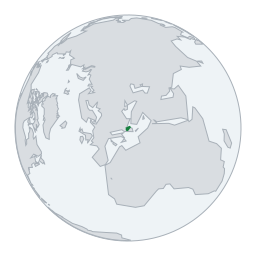 Thessalia highlighted on a globe, orthographic projection, rotated 302°
{"feature_id": "GRC-2900", "entity_name": "Thessalia", "entity_type": "Region", "adm_level": 1, "iso_a3": "GRC", "parent_name": "Greece", "parent_adm1": "", "projection": "orthographic", "projection_center": [22.751, 39.565], "detail": "medium", "context": "on_globe", "style": "filled", "palette": "green", "viewbox_px": 256, "rotation_deg": 302, "n_neighbors": 0, "source": "natural_earth", "source_scale": "10m", "svg_char_len": 10851}
<svg xmlns="http://www.w3.org/2000/svg" viewBox="0 0 256 256"><g transform="rotate(302 128 128)"><circle cx="128" cy="128" r="113" fill="#eef3f6" stroke="#a8b0b8"/><path d="M85.4,23.7L87.6,23.0L84.4,24.2L86.2,23.6L90.4,22.1L92.6,21.4L104.6,19.4L118.4,17.8L122.4,16.8L121.8,17.6L129.3,15.9L136.6,16.0L128.5,16.2L127.8,16.6L132.8,16.6L133.2,17.1L135.8,17.4L135.8,18.0L131.1,18.5L131.0,18.9L134.5,19.0L136.7,19.8L131.5,19.6L134.9,21.2L127.6,22.8L113.6,22.8L109.7,25.2L95.6,29.5L97.0,30.0L92.6,32.4L92.5,33.9L89.9,34.5L92.1,35.3L94.5,34.4L96.3,34.5L96.5,35.5L93.2,36.3L92.6,36.0L91.8,36.7L90.0,36.8L91.0,37.3L87.0,38.4L91.2,38.7L88.2,40.8L85.5,41.2L85.5,39.3L79.2,36.3L76.4,36.6L72.6,38.6L65.8,46.1L62.9,47.4L59.1,50.5L60.9,50.5L64.4,48.1L66.7,49.2L70.8,46.5L72.3,46.6L76.6,44.8L76.2,47.2L73.5,50.6L70.0,52.3L68.7,53.9L72.3,54.2L65.8,59.5L62.0,67.0L60.3,68.3L56.5,67.0L55.9,61.9L51.1,61.4L54.5,64.0L50.2,67.7L49.6,69.4L50.0,70.6L51.7,70.2L50.3,72.1L46.4,69.9L47.6,68.1L48.9,68.8L48.5,66.6L45.9,65.6L43.9,67.8L42.0,64.8L40.5,66.4L39.3,66.8L41.7,64.4L37.4,68.9L34.8,67.8L28.8,76.3L34.4,67.0L36.2,63.8L37.9,60.8L36.9,62.1L40.5,57.1L40.7,56.8L46.0,50.8L51.7,45.1L57.8,39.9L64.3,35.1L71.0,30.8L78.1,27.0L85.4,23.7ZM18.3,102.4L18.4,101.9L18.3,103.8L17.1,108.8L18.0,106.4L17.3,110.9L17.8,118.4L17.5,119.0L17.7,131.5L20.0,141.3L20.5,146.7L20.0,148.1L21.3,151.3L21.3,152.8L28.0,165.2L32.9,174.1L33.8,179.3L31.6,181.0L34.3,189.9L32.4,187.5L28.4,180.5L24.9,173.3L21.9,165.8L19.5,158.1L17.6,150.3L16.3,142.4L15.5,134.4L15.4,126.3L15.8,118.3L16.8,110.3L18.3,102.4ZM27.2,78.7L23.1,89.8L23.8,86.2L24.0,86.2L25.4,82.8L27.4,77.9L28.4,75.3L27.2,78.7ZM29.0,77.4L29.6,75.8L29.2,77.0L29.0,77.4ZM93.6,21.0L90.4,22.1L86.6,23.4L89.1,22.4L93.6,21.0ZM101.0,19.2L99.6,19.7L97.6,19.9L99.0,19.5L101.0,19.2ZM125.3,16.2L122.6,16.4L125.1,16.1L125.3,16.2ZM136.2,17.4L136.8,17.3L137.9,17.6L136.2,17.4ZM76.5,43.7L76.5,44.2L75.7,44.3L76.5,43.7ZM78.4,42.4L77.4,42.1L78.1,41.5L78.7,41.7L78.4,42.4ZM138.9,18.8L140.4,19.4L138.0,18.8L138.9,18.8ZM79.4,43.1L79.5,40.4L80.8,39.3L84.1,39.4L79.4,43.1ZM140.8,19.8L144.7,21.6L146.4,21.3L143.6,23.2L141.3,20.9L138.0,20.2L140.3,20.3L140.8,19.8ZM95.2,33.8L92.7,34.7L94.6,33.1L95.2,33.8ZM96.0,32.8L99.4,28.3L103.2,27.6L101.3,29.1L106.1,27.7L106.3,29.5L103.7,30.7L101.2,30.8L103.2,31.5L96.0,32.8ZM141.5,24.1L141.7,24.7L140.6,24.2L141.5,24.1ZM97.1,34.5L97.5,33.5L100.8,32.8L100.8,34.6L99.7,34.2L97.1,34.5ZM107.3,26.5L109.8,26.4L110.6,27.8L111.7,28.0L106.7,29.5L107.3,26.5ZM99.0,34.9L100.6,35.5L99.2,36.7L97.0,35.3L99.0,34.9ZM101.7,31.9L103.3,31.7L102.4,32.4L101.7,31.9ZM95.2,41.7L95.5,40.4L97.3,39.9L95.2,41.7ZM101.3,35.7L101.8,35.2L102.5,34.9L103.3,35.6L101.3,35.7ZM107.6,30.5L107.4,31.2L109.7,29.9L110.4,31.1L106.9,31.9L108.7,32.1L109.0,32.4L105.9,32.8L107.6,30.5ZM106.2,35.5L102.0,37.2L101.0,39.6L99.4,40.1L101.3,36.2L106.2,35.5ZM106.3,33.8L105.9,34.9L104.1,34.9L103.3,34.1L106.3,33.8ZM112.2,31.6L112.0,29.6L112.7,29.5L112.2,31.6ZM106.3,36.2L107.3,35.7L106.4,36.3L106.3,36.2ZM110.8,33.0L110.6,32.2L111.5,32.1L110.8,33.0ZM109.4,35.6L108.1,36.1L107.5,35.5L109.4,35.6ZM110.3,34.4L111.6,34.4L108.1,35.0L110.1,34.1L110.3,34.4ZM111.6,33.0L112.1,32.7L111.6,33.3L111.6,33.0ZM112.5,37.5L108.2,38.4L106.9,37.1L111.2,36.4L112.5,37.5ZM64.7,176.4L57.4,158.8L60.8,154.1L61.2,146.8L84.1,128.3L89.2,131.2L107.5,130.8L109.8,132.1L107.9,137.9L121.8,146.1L126.0,141.2L138.4,144.7L146.5,143.7L149.0,132.2L135.7,133.5L133.2,128.1L143.6,122.2L155.2,121.3L154.6,119.2L147.1,115.4L149.5,110.9L144.5,113.7L146.7,115.7L143.5,117.6L141.3,116.0L142.3,114.4L138.8,113.8L135.1,121.9L137.0,124.8L127.8,126.6L130.0,131.7L127.6,134.2L123.0,126.6L123.3,123.7L114.9,115.2L113.7,118.3L121.6,126.7L119.2,126.0L117.7,130.7L117.0,126.6L108.7,117.1L100.3,118.1L90.0,128.3L85.0,128.2L80.7,124.8L84.2,113.2L94.9,114.7L96.3,111.1L93.8,104.9L97.3,106.0L97.6,103.8L101.6,104.2L107.0,99.5L111.1,99.4L113.0,92.9L115.3,92.0L113.5,96.1L114.5,99.0L124.5,99.1L126.3,97.6L126.8,93.5L129.5,94.2L128.6,90.2L134.2,88.4L126.6,87.3L126.9,82.9L130.2,79.4L128.9,77.8L123.6,83.5L122.7,86.0L124.1,88.4L120.5,95.6L117.1,96.7L115.7,88.8L110.8,89.6L111.9,83.5L125.6,71.2L131.4,68.8L141.6,73.9L140.3,76.8L136.1,76.3L140.2,80.7L139.8,78.4L142.0,79.2L142.9,75.4L144.5,75.8L142.5,71.7L144.6,71.7L145.9,74.3L148.9,69.2L153.2,68.5L153.1,67.2L151.8,66.0L158.1,66.1L157.8,65.2L155.5,64.7L153.4,62.7L152.1,59.2L154.4,59.4L155.1,60.7L160.2,63.9L161.9,67.6L162.7,67.3L161.7,64.2L155.6,60.2L154.2,58.1L157.3,59.6L156.0,58.9L156.0,57.9L158.2,57.2L154.8,55.5L151.7,45.4L155.5,43.4L158.7,45.6L158.9,39.7L163.1,38.5L161.1,38.0L159.8,35.3L158.5,35.6L157.4,35.2L153.5,29.0L154.4,27.9L150.4,25.3L149.3,25.1L148.5,25.7L143.6,23.2L146.4,21.3L148.7,21.7L148.9,20.5L154.0,21.8L158.3,22.5L163.7,25.0L166.7,25.6L166.4,25.0L170.2,25.7L178.9,29.1L173.0,28.5L160.2,25.0L165.5,26.4L164.6,26.9L166.8,27.9L170.5,29.1L170.7,28.7L178.5,35.4L188.1,41.3L186.6,38.4L188.5,38.3L198.2,43.9L211.7,58.4L214.4,59.5L216.5,61.6L218.3,64.9L215.4,61.9L214.7,62.7L212.8,60.7L214.7,65.4L212.1,62.7L214.9,68.0L216.9,69.1L216.2,65.7L219.8,71.7L222.6,72.7L226.0,77.1L231.7,90.8L232.8,98.6L233.5,100.5L232.4,100.8L233.3,106.7L237.4,112.0L238.1,114.8L238.4,124.4L238.0,122.5L234.9,123.2L236.1,130.6L238.5,131.8L239.4,136.7L238.3,137.9L237.2,133.9L236.1,133.9L235.1,127.8L231.8,121.2L230.6,126.0L229.5,122.4L224.7,118.5L222.4,125.2L219.4,141.2L221.0,150.7L219.1,156.9L211.9,147.7L208.2,139.4L205.9,142.2L198.2,137.6L185.7,143.5L183.7,141.5L181.4,143.8L175.9,143.0L172.8,139.5L169.6,140.8L177.9,149.9L181.3,148.5L183.9,142.9L185.6,146.5L190.8,148.0L185.8,160.1L166.9,174.5L164.7,167.5L148.5,149.1L148.8,146.6L148.7,146.3L148.5,145.8L147.3,150.1L144.4,146.1L153.5,160.0L155.1,166.0L166.6,175.0L165.7,176.4L169.3,177.7L180.3,171.7L180.5,174.1L175.5,186.5L159.8,203.7L161.7,211.4L160.3,217.9L150.1,223.4L150.6,227.4L145.3,229.4L144.7,231.4L140.3,233.8L132.9,235.9L120.9,235.9L120.4,234.5L114.8,230.9L107.2,220.4L110.5,215.4L109.6,210.9L100.8,199.3L102.8,193.2L100.4,190.1L95.4,190.0L92.6,186.2L89.6,185.5L70.6,182.9L64.7,176.4ZM76.6,139.7L76.0,141.9L76.6,139.7ZM167.8,125.9L174.4,124.4L170.8,118.1L173.1,117.0L171.0,115.4L170.5,117.6L165.3,112.9L168.0,109.9L166.9,107.0L164.6,107.4L160.5,113.7L167.9,120.4L166.6,123.8L167.8,125.9ZM17.9,118.6L17.8,120.5L17.6,119.3L17.9,118.6ZM23.1,87.6L22.6,89.2L22.1,90.7L22.3,89.8L23.1,87.6ZM21.2,100.6L21.1,102.8L20.8,101.3L21.2,100.6ZM22.7,91.4L21.3,99.0L20.9,96.8L21.9,92.1L21.7,94.2L22.7,91.4ZM27.5,79.3L27.0,80.5L26.6,81.1L27.5,79.3ZM28.7,78.3L28.8,78.0L29.4,76.8L28.7,78.3ZM50.4,67.8L50.7,68.0L50.7,69.6L49.9,69.4L50.4,67.8ZM55.4,74.0L53.0,76.9L54.2,74.6L52.7,74.7L53.2,70.1L59.5,68.7L56.5,70.1L55.4,74.0ZM55.6,64.0L54.6,66.8L55.5,63.8L55.6,64.0ZM95.5,92.2L96.9,93.9L95.5,96.2L90.4,97.0L92.4,93.5L95.5,92.2ZM99.3,95.8L99.3,88.1L102.5,87.5L100.7,89.1L102.8,89.5L100.5,92.2L103.5,99.4L102.4,102.0L93.5,101.7L97.0,100.3L95.4,98.6L99.3,95.8ZM93.9,71.8L93.9,69.1L100.8,71.2L99.9,73.5L94.8,74.3L92.7,72.1L93.9,71.8ZM85.2,44.0L84.8,43.3L85.7,43.0L86.8,43.3L85.2,44.0ZM95.2,41.2L88.0,47.0L87.1,46.4L83.9,50.8L80.5,51.1L82.7,48.1L77.6,51.8L78.2,49.3L75.0,52.0L80.2,45.5L80.6,43.5L81.5,45.5L84.7,45.3L86.2,44.6L90.6,41.4L92.8,37.4L96.4,36.8L98.2,37.4L98.2,38.2L95.9,38.3L97.6,39.4L94.3,40.2L95.2,41.2ZM118.2,48.4L115.5,47.6L118.2,51.1L114.9,51.4L115.5,51.8L113.2,53.2L111.3,55.5L109.8,55.4L109.7,56.4L108.2,57.4L107.5,58.8L104.6,59.1L103.6,60.8L102.8,60.0L101.9,63.0L101.2,60.9L99.2,62.2L100.9,63.5L86.5,62.7L80.9,64.5L76.6,67.2L76.1,63.5L79.8,58.8L85.5,54.3L90.9,53.4L89.7,52.0L91.9,51.2L92.0,52.6L93.2,50.0L95.1,49.8L100.2,46.6L100.9,43.3L102.7,42.2L103.4,43.4L104.8,41.5L107.3,43.0L108.7,42.3L112.5,43.2L112.9,46.1L114.5,45.1L117.4,45.9L118.2,48.4ZM113.5,37.9L114.8,40.9L113.6,42.7L107.4,40.4L105.8,40.9L101.8,39.7L103.6,37.2L104.6,37.8L106.0,37.7L104.8,38.5L106.8,37.8L108.2,38.6L110.0,38.3L109.9,39.4L113.5,37.9ZM112.3,129.9L114.1,130.3L116.9,130.2L116.0,133.3L112.3,129.9ZM106.6,123.5L108.2,123.3L108.2,127.3L106.4,127.0L106.6,123.5ZM109.0,119.8L108.2,122.9L107.5,121.1L109.0,119.8ZM115.0,95.7L116.7,95.3L116.9,96.2L116.0,97.7L115.0,95.7ZM125.5,59.7L124.2,58.7L124.6,58.2L123.7,55.2L126.0,54.8L127.5,56.5L125.5,59.7ZM146.8,134.4L144.5,136.9L143.2,136.0L144.3,135.3L146.8,134.4ZM129.5,135.6L133.5,136.9L129.2,136.4L129.5,135.6ZM127.9,58.8L127.2,57.6L128.8,58.2L127.9,58.8ZM127.7,54.4L129.6,54.8L126.2,54.4L127.7,54.4ZM178.6,212.1L170.1,223.9L165.1,225.3L164.6,222.9L168.0,216.3L174.0,212.8L177.1,208.9L178.6,212.1ZM239.1,146.5L238.9,147.5L239.3,145.2L239.6,143.5L239.1,146.5ZM239.2,145.5L238.3,146.3L235.0,141.1L236.2,138.9L239.3,139.0L239.1,140.7L239.7,140.9L239.2,145.5ZM240.4,135.5L240.4,132.1L240.4,128.8L240.5,127.2L239.5,112.1L240.3,119.8L240.6,127.7L240.4,135.5ZM221.5,151.3L223.8,155.0L222.6,157.2L221.5,151.3ZM237.9,103.6L239.1,109.9L237.7,102.6L237.9,103.6ZM236.4,97.6L236.9,99.3L236.6,98.6L236.4,97.6ZM234.6,103.1L234.5,105.3L234.0,104.1L233.7,100.5L234.6,103.1ZM228.7,81.0L230.7,84.7L231.4,86.3L230.4,84.9L228.7,81.0ZM147.1,55.6L145.8,60.2L146.4,63.5L149.2,65.5L144.7,64.8L143.7,59.6L147.1,55.6ZM150.9,46.5L148.5,45.1L149.9,44.6L150.6,44.9L150.9,46.5ZM149.2,46.5L145.6,46.8L144.4,45.3L147.5,45.3L149.2,46.5ZM136.8,52.5L136.2,53.8L134.9,53.2L136.8,52.5ZM237.2,100.2L236.8,99.0L236.7,98.3L237.2,100.2ZM235.9,95.7L236.3,97.7L233.8,91.0L233.4,89.3L235.5,94.8L235.8,95.3L235.9,95.7ZM216.9,60.2L215.6,58.9L214.5,57.1L215.7,58.5L216.9,60.2ZM209.7,50.9L213.8,56.3L216.8,60.9L217.0,60.7L219.8,64.3L218.2,63.1L214.3,57.8L212.4,54.8L209.9,52.2L207.1,49.0L204.2,46.7L202.2,44.8L204.3,46.1L209.7,50.9ZM203.0,45.8L196.8,41.5L195.8,39.7L197.0,40.2L200.2,42.9L200.5,43.7L203.0,45.8ZM195.1,40.0L195.3,40.8L186.9,37.6L184.9,36.6L190.8,37.6L191.3,38.5L193.6,39.7L195.1,40.0ZM142.9,24.6L141.8,24.7L142.3,24.3L142.9,24.6ZM156.7,35.4L155.3,34.8L155.9,34.2L156.7,35.4ZM151.8,32.9L152.1,34.0L150.9,32.7L151.8,32.9ZM152.8,36.5L151.7,34.3L154.1,36.5L152.8,36.5Z" fill="#d9dde1" stroke="#a8b0b8" stroke-width="1"/><path d="M127.9,127.3L128.0,127.4L128.1,127.6L128.3,128.0L128.5,128.1L128.8,128.5L128.9,128.8L128.7,128.9L128.6,128.6L128.4,128.5L128.4,128.4L128.3,128.5L128.1,128.5L128.2,128.8L128.2,128.7L128.2,128.8L128.3,128.9L128.4,129.0L128.5,129.0L128.4,129.1L128.2,129.2L127.9,129.1L127.6,129.1L127.6,128.9L127.4,128.8L127.2,128.6L127.1,128.8L126.8,129.0L126.7,129.0L126.7,128.9L126.4,128.9L126.3,128.7L126.2,128.7L125.9,128.8L125.8,128.7L125.9,128.4L125.6,128.3L125.6,128.1L125.5,127.9L125.7,127.6L125.8,127.5L126.1,127.4L126.4,127.5L126.7,127.5L126.7,127.4L126.8,127.2L127.0,126.8L127.2,127.0L127.3,126.9L127.4,127.0L127.5,127.2L127.6,127.3L127.8,127.3L127.9,127.3ZM129.4,128.9L129.3,128.7L129.5,128.8L129.5,129.0L129.4,128.9L129.4,128.9ZM129.9,128.6L129.7,128.8L129.8,128.5L129.9,128.6ZM129.1,128.8L129.1,128.7L129.2,128.8L129.1,128.8ZM130.0,128.4L130.0,128.5L130.0,128.4L130.0,128.4Z" fill="#22c55e" stroke="#15803d" stroke-width="1.5"/></g></svg>